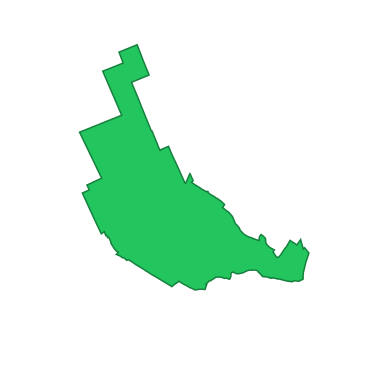 Vacareni, Tulcea, Romania, rotated 303°
{"feature_id": "2599482B63018442913889", "entity_name": "Vacareni", "entity_type": "district", "adm_level": 2, "iso_a3": "ROU", "parent_name": "Romania", "parent_adm1": "Tulcea", "projection": "mercator", "projection_center": [28.218, 45.314], "detail": "fine", "context": "isolated", "style": "filled", "palette": "green", "viewbox_px": 384, "rotation_deg": 303, "n_neighbors": 0, "source": "geoboundaries", "source_scale": "gbopen_adm2", "svg_char_len": 5885}
<svg xmlns="http://www.w3.org/2000/svg" viewBox="0 0 384 384"><g transform="rotate(303 192 192)"><path d="M180.9,65.1L154.4,108.7L140.6,100.1L137.8,104.7L131.4,100.6L126.3,108.7L121.4,116.4L119.0,120.2L113.0,129.8L110.2,134.4L107.5,138.7L110.9,140.1L109.1,142.6L108.5,143.4L109.3,144.0L107.8,145.9L108.6,146.8L108.1,147.5L107.9,148.0L107.8,148.3L107.2,149.1L107.0,149.5L106.5,150.2L106.0,150.9L105.7,151.3L105.3,151.6L104.9,151.8L103.4,154.9L102.2,157.5L101.1,161.2L101.5,163.0L101.3,163.1L100.1,163.0L98.4,162.5L99.1,166.2L99.0,169.7L99.8,171.1L99.5,172.4L99.1,174.0L99.3,174.6L100.2,175.2L100.6,176.1L100.7,179.7L100.5,184.5L100.6,186.8L100.8,192.1L100.8,194.1L100.7,195.9L100.8,197.4L100.8,198.8L100.8,200.2L100.8,201.2L100.8,202.4L100.9,205.0L101.1,206.9L101.1,208.7L101.2,210.0L101.3,214.9L101.5,220.4L101.7,224.6L101.6,226.6L103.7,227.3L105.6,227.9L107.3,228.7L109.5,229.5L110.0,229.5L110.1,235.0L110.5,238.9L110.7,242.9L111.2,244.4L111.2,244.9L111.4,246.7L111.4,247.1L111.4,247.5L111.5,247.9L112.3,248.8L113.9,250.6L115.0,251.8L116.1,253.6L116.3,254.0L116.6,254.6L116.8,255.3L117.0,255.6L117.8,256.1L119.1,255.5L122.3,254.8L122.3,253.8L124.7,254.6L126.0,254.6L127.3,255.0L127.3,255.7L131.9,257.8L133.7,258.5L135.9,261.9L136.3,262.8L136.7,263.7L136.8,263.9L136.9,265.0L137.0,265.6L137.1,266.0L137.3,266.3L137.6,266.8L137.9,267.1L138.2,267.4L138.4,267.8L138.6,268.1L138.7,268.5L138.9,269.5L139.0,270.4L139.1,270.7L139.2,270.9L139.4,271.0L139.7,271.1L139.9,271.1L140.3,271.1L141.5,270.7L142.1,270.6L142.6,270.5L142.9,270.3L143.1,270.2L143.5,269.8L143.9,269.5L144.1,269.4L145.2,269.2L145.6,269.2L146.1,269.3L146.5,269.4L146.7,269.5L146.8,269.6L147.0,269.9L147.2,270.3L147.4,270.8L147.5,271.2L147.5,271.9L147.4,272.3L147.5,272.7L147.6,273.4L147.8,273.9L148.0,274.2L148.4,275.0L148.8,275.5L149.4,276.2L150.0,276.8L150.7,277.6L151.1,278.0L152.1,278.8L152.4,279.0L155.1,280.6L155.9,281.1L156.2,281.3L156.6,281.7L156.9,282.0L157.2,282.2L157.6,282.5L157.9,283.0L158.4,283.9L158.6,284.3L158.9,284.6L159.4,285.1L160.1,286.1L161.0,287.8L161.4,288.8L161.5,290.1L161.5,290.8L161.0,291.1L160.8,291.8L160.7,292.8L160.7,293.3L160.7,293.7L160.4,294.1L160.3,294.4L160.1,295.9L160.0,296.1L159.7,296.2L159.6,296.5L159.8,297.1L159.8,297.3L159.7,297.6L159.7,297.8L159.8,298.1L160.2,298.6L160.4,298.8L160.6,299.4L160.7,299.6L160.9,299.8L161.0,300.0L161.2,300.6L161.3,300.8L161.4,301.0L161.6,301.2L161.7,301.5L161.8,301.8L162.1,302.1L162.2,302.3L162.3,302.5L162.2,302.8L162.3,303.0L162.0,303.5L162.0,303.8L162.5,304.6L162.7,304.9L162.9,305.1L163.0,305.3L163.0,305.6L163.0,305.8L163.2,306.0L163.4,306.1L163.9,306.1L164.0,306.2L164.1,306.3L164.2,306.5L164.2,307.0L164.3,307.4L164.5,307.8L164.7,308.2L165.3,309.7L165.3,310.1L165.4,310.5L165.6,310.7L165.7,310.9L165.8,311.2L165.8,311.4L165.8,311.7L166.3,312.1L166.5,312.3L166.6,312.5L166.7,313.0L166.8,313.5L166.9,313.8L167.2,314.2L167.3,314.4L167.3,315.1L167.4,315.4L167.6,315.6L167.7,315.8L167.7,316.4L167.8,316.6L168.2,317.4L168.3,317.8L168.4,318.2L168.4,318.6L168.6,318.9L169.2,320.4L169.4,321.0L169.6,321.4L169.8,321.8L170.1,322.1L170.3,322.3L170.3,322.7L170.4,322.9L170.5,323.2L170.6,323.6L170.6,323.8L170.7,324.1L170.9,324.3L171.1,324.6L171.2,324.8L171.5,324.9L171.7,325.0L171.9,325.2L172.2,325.5L172.7,325.8L173.1,326.1L173.4,326.2L173.5,326.4L173.7,327.1L174.0,327.6L174.2,327.9L174.4,328.1L174.5,328.3L174.6,328.8L174.7,329.1L174.8,329.3L175.1,329.7L175.6,330.5L175.9,330.7L176.1,330.8L176.3,330.9L176.6,330.9L176.7,331.0L176.9,331.2L177.3,331.4L177.7,331.6L178.7,332.1L178.8,332.2L179.0,332.6L179.4,332.6L179.6,332.4L179.9,332.3L180.5,331.9L181.5,331.5L181.7,331.2L182.1,330.8L182.3,330.6L182.5,330.4L182.9,330.4L183.3,330.3L183.7,330.0L184.3,329.8L184.5,329.7L184.8,329.5L185.0,329.3L185.5,329.1L186.1,328.9L187.9,328.3L194.9,325.8L204.5,323.3L206.6,316.8L204.9,316.4L206.5,314.5L210.7,309.6L211.3,309.0L204.8,308.8L204.8,300.6L200.9,300.8L198.8,300.9L196.6,301.0L195.8,300.6L187.9,300.6L185.0,300.3L184.9,300.2L184.3,299.6L183.2,298.8L184.3,296.3L185.3,294.1L185.8,292.6L188.3,292.7L187.8,287.1L188.7,283.6L188.7,283.0L189.4,282.2L190.1,281.1L190.8,280.5L191.2,280.4L192.1,279.7L192.5,279.5L193.2,278.5L193.9,275.5L193.9,274.2L193.9,273.9L194.0,273.1L192.6,272.9L191.4,273.0L190.6,273.2L187.8,274.7L187.8,274.2L187.6,273.9L187.4,273.0L187.0,272.1L186.6,269.9L186.3,268.8L186.2,268.0L186.1,266.5L185.2,264.9L185.3,263.8L185.0,261.8L184.9,260.5L185.0,258.2L185.9,254.3L186.4,252.8L187.1,252.1L187.4,251.7L188.4,249.0L188.7,247.7L189.1,245.7L190.6,243.5L193.4,239.4L193.9,238.0L194.4,236.1L194.7,235.1L195.0,234.0L195.1,232.2L195.1,230.5L195.5,227.9L195.5,227.6L195.6,226.8L195.5,226.2L196.0,226.2L196.6,226.2L199.2,226.2L199.3,225.8L199.5,224.8L199.8,223.1L200.1,221.8L200.2,219.5L200.3,217.9L200.3,217.1L200.2,215.9L200.1,215.6L200.0,215.2L200.2,214.6L200.2,214.2L200.2,213.9L200.4,212.8L200.3,212.6L200.1,212.4L200.1,211.6L200.1,210.3L200.0,209.6L200.0,208.6L200.1,207.7L200.1,207.3L200.3,206.5L200.5,205.9L200.7,205.6L201.1,205.2L201.1,204.9L200.4,204.9L200.3,204.7L200.3,204.3L199.9,201.4L199.9,200.8L199.8,199.9L199.7,198.5L199.7,197.6L199.9,197.1L199.9,196.8L199.8,196.4L199.8,195.1L199.8,194.2L199.8,193.1L199.7,192.1L199.7,190.8L199.7,189.6L199.8,189.3L199.7,188.7L199.7,188.1L199.8,187.5L199.9,186.3L200.1,186.4L200.9,186.6L201.5,186.8L201.9,186.8L202.1,186.7L202.5,186.1L202.8,185.8L205.0,182.4L206.1,180.7L206.2,180.2L204.8,180.5L202.4,180.8L198.0,181.6L195.4,182.1L195.2,182.3L195.9,181.0L200.2,174.2L204.1,168.2L206.8,163.9L208.0,162.0L210.3,158.3L211.1,157.0L212.7,154.4L216.3,149.2L217.0,148.2L217.5,147.4L211.5,143.4L209.9,142.4L209.7,142.7L209.4,142.4L214.6,135.0L217.9,130.2L221.3,125.4L220.8,125.0L235.8,103.5L240.6,96.8L251.1,81.5L263.7,90.2L266.6,92.3L267.0,91.9L276.7,78.0L279.6,74.2L280.1,73.4L285.6,65.8L269.6,54.6L262.6,64.0L244.7,51.3L218.1,91.2L180.9,65.1Z" fill="#22c55e" stroke="#15803d" stroke-width="1.5"/></g></svg>